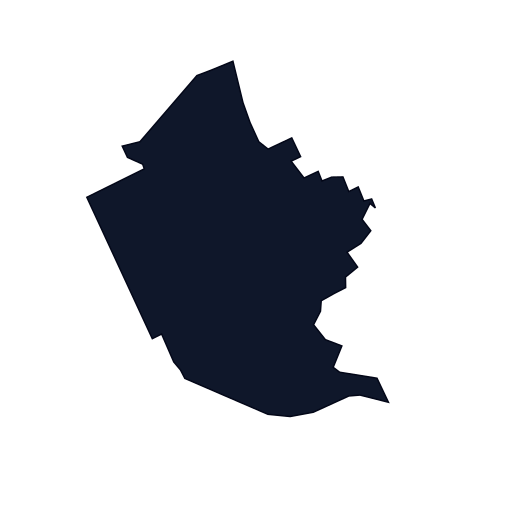 Etowah, Alabama, United States of America, rotated 245°
{"feature_id": "52423323B46857882117510", "entity_name": "Etowah", "entity_type": "district", "adm_level": 2, "iso_a3": "USA", "parent_name": "United States of America", "parent_adm1": "Alabama", "projection": "albers", "projection_center": [-86.062, 34.021], "detail": "fine", "context": "isolated", "style": "filled", "palette": "ink", "viewbox_px": 512, "rotation_deg": 245, "n_neighbors": 0, "source": "geoboundaries", "source_scale": "gbopen_adm2", "svg_char_len": 836}
<svg xmlns="http://www.w3.org/2000/svg" viewBox="0 0 512 512"><g transform="rotate(245 256 256)"><path d="M94.1,314.0L115.3,282.7L122.5,278.9L138.2,295.8L150.9,283.5L169.4,279.1L178.7,291.1L187.9,296.2L189.0,310.9L189.5,323.9L199.1,328.2L203.0,343.4L221.0,340.1L223.1,356.5L230.4,370.7L244.4,367.6L255.5,381.5L249.1,384.5L258.8,384.9L260.3,377.0L275.4,377.8L275.2,367.3L290.9,368.2L295.5,357.9L296.1,347.5L306.4,348.1L306.4,340.5L306.4,332.5L327.1,327.9L327.2,338.4L347.9,338.3L347.8,312.1L358.4,306.8L379.5,307.0L400.5,309.0L442.3,317.4L443.4,293.5L444.5,278.7L408.6,199.1L412.1,181.2L399.7,181.2L387.1,192.1L382.2,191.6L380.7,127.5L224.9,127.1L225.2,137.5L194.7,136.7L184.7,139.4L175.1,139.8L107.5,199.9L96.1,219.1L90.2,241.9L89.9,281.0L86.0,291.5L67.5,314.2L94.1,314.0Z" fill="#0f172a" stroke="#020617" stroke-width="1.5"/></g></svg>